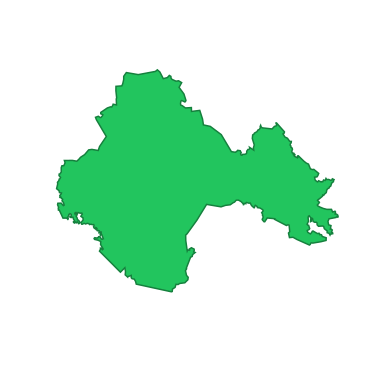 Andrupenes pag., Dagdas, Latvia (Mercator projection), rotated 224°
{"feature_id": "27541924B25782397713734", "entity_name": "Andrupenes pag.", "entity_type": "district", "adm_level": 2, "iso_a3": "LVA", "parent_name": "Latvia", "parent_adm1": "Dagdas", "projection": "mercator", "projection_center": [27.362, 56.147], "detail": "fine", "context": "isolated", "style": "filled", "palette": "green", "viewbox_px": 384, "rotation_deg": 224, "n_neighbors": 0, "source": "geoboundaries", "source_scale": "gbopen_adm2", "svg_char_len": 5930}
<svg xmlns="http://www.w3.org/2000/svg" viewBox="0 0 384 384"><g transform="rotate(224 192 192)"><path d="M179.2,86.1L179.4,86.4L177.8,89.8L176.1,88.1L174.9,88.0L173.0,89.2L170.5,88.5L168.1,87.0L137.5,105.9L137.1,106.7L138.6,108.6L137.9,111.6L139.4,114.5L137.8,115.7L137.3,117.7L134.1,121.7L134.0,126.0L135.5,128.0L138.0,128.2L142.1,130.9L142.5,133.0L143.1,133.1L147.7,144.0L147.1,145.8L148.1,147.4L147.7,150.7L149.2,150.1L149.8,151.5L150.8,152.4L153.7,151.5L154.3,149.1L153.4,148.7L153.6,148.0L154.9,147.4L154.5,146.3L162.7,152.7L166.6,156.6L166.5,158.4L168.9,175.1L172.9,193.2L160.8,201.5L158.6,205.7L155.6,209.4L155.0,212.7L154.4,214.3L154.5,216.8L153.9,217.5L152.8,218.5L149.9,219.2L147.0,219.1L146.2,218.6L146.0,218.9L146.5,220.0L145.2,221.0L145.6,221.3L145.6,222.3L143.3,223.5L142.5,224.5L139.7,223.6L136.5,223.7L136.2,224.0L137.3,226.2L137.1,226.5L135.0,226.8L134.1,226.2L132.0,227.7L128.8,228.4L127.7,227.8L127.5,225.5L126.0,225.2L125.2,224.2L124.3,224.0L123.0,222.9L122.8,221.8L122.3,220.9L119.6,220.6L119.0,221.1L119.8,225.6L113.9,230.3L113.6,229.7L100.8,233.5L100.2,235.1L99.1,235.6L94.1,231.3L94.1,229.5L90.2,226.9L87.9,229.6L83.7,230.7L70.7,235.4L70.5,236.4L71.0,237.7L70.9,238.2L69.6,239.2L64.7,245.8L61.9,250.3L63.7,252.3L67.4,250.5L69.1,251.2L70.1,250.7L70.5,250.0L71.9,250.6L73.0,249.2L77.9,248.0L78.2,247.2L77.8,246.0L77.7,244.1L80.7,243.4L82.4,244.3L81.7,246.4L81.9,247.4L85.0,249.1L85.6,248.6L86.8,248.7L87.9,251.9L90.7,254.2L91.4,255.5L91.1,256.4L88.4,255.8L86.1,253.1L85.9,253.8L87.5,255.5L87.7,256.4L86.8,256.6L84.4,254.9L82.6,255.5L81.6,256.6L80.4,256.5L79.2,255.3L77.2,255.2L74.5,258.2L73.4,258.7L71.3,257.5L67.7,257.9L66.5,256.6L64.7,257.5L62.8,256.9L63.1,257.7L61.8,259.8L62.7,260.4L63.6,259.7L64.7,262.1L65.9,262.1L66.7,261.4L68.7,264.4L70.9,263.3L73.8,265.3L74.8,267.9L70.7,273.7L70.7,274.9L69.7,275.1L69.6,275.6L71.0,276.6L72.7,276.5L73.7,275.6L74.9,277.3L75.8,277.5L77.0,275.3L79.6,276.4L82.9,273.2L86.1,271.4L89.9,269.9L91.9,269.4L92.8,269.7L92.9,272.0L93.2,273.1L95.9,273.1L96.0,273.9L95.6,275.7L95.2,279.7L95.9,280.6L95.0,281.2L95.2,282.6L95.0,284.8L96.6,287.4L96.6,289.1L96.2,289.7L96.3,290.7L96.7,291.2L96.3,292.6L97.7,295.5L97.4,297.7L98.0,298.2L98.4,299.6L100.2,299.0L99.8,297.7L100.3,296.8L102.4,296.0L103.8,294.5L105.0,294.8L104.2,292.8L105.7,292.0L105.1,290.2L105.9,289.6L106.1,288.9L108.7,288.1L108.6,286.7L108.8,286.4L111.1,286.1L111.8,286.2L114.1,287.8L112.6,289.7L112.9,291.3L113.8,293.4L120.1,292.9L120.9,291.8L122.9,290.9L127.6,293.0L129.8,292.2L132.8,291.9L140.7,291.9L141.0,291.6L141.0,291.0L139.8,290.3L139.8,289.9L142.9,288.9L143.3,288.9L143.9,290.4L144.2,290.4L144.1,289.6L144.8,289.2L145.7,289.7L145.4,290.4L145.6,290.6L147.2,289.8L148.6,290.7L149.3,292.4L150.2,293.0L151.0,293.2L151.9,292.9L152.9,293.8L154.1,293.9L154.8,295.2L154.8,296.2L155.7,297.4L156.9,296.3L160.7,297.0L163.4,296.1L166.9,297.0L166.9,297.9L166.6,298.5L167.3,299.5L179.2,300.4L179.5,299.9L177.6,299.0L177.3,298.3L178.3,296.4L178.2,293.0L186.1,286.9L187.6,286.9L188.9,287.6L188.5,286.5L187.3,285.4L187.1,283.3L187.6,282.6L187.2,280.4L188.0,277.8L187.7,276.9L188.0,275.2L185.8,272.4L179.9,269.1L178.5,266.4L176.7,265.0L181.6,264.1L180.6,263.5L180.6,262.3L181.3,261.5L181.1,260.2L181.0,259.4L179.7,257.9L179.6,257.1L180.1,255.9L181.7,254.3L181.6,253.1L182.4,252.7L183.7,253.3L183.8,254.4L186.0,255.2L188.1,253.7L188.0,252.8L188.4,250.7L191.7,248.4L210.8,253.6L224.4,251.9L230.4,248.2L235.1,251.8L243.1,256.1L248.3,249.6L251.1,252.3L255.1,247.9L259.2,247.3L260.5,246.7L261.6,247.5L263.1,249.6L262.9,250.7L259.7,251.8L259.5,252.4L260.0,253.7L265.9,256.9L274.0,258.3L275.4,263.5L278.9,262.7L280.5,260.6L284.7,259.1L286.2,259.4L287.5,260.5L289.3,260.1L289.2,257.2L291.4,253.6L298.5,256.0L301.8,255.8L302.1,253.3L312.2,239.1L322.2,232.3L321.5,227.8L319.3,225.5L317.1,221.9L316.2,219.6L320.1,215.2L317.0,211.9L311.6,207.4L311.1,206.3L306.8,202.2L309.7,200.4L309.1,199.1L308.8,197.4L309.8,196.6L311.3,193.6L312.9,185.9L312.0,184.9L309.9,185.7L309.4,184.8L309.2,182.5L309.8,181.8L312.0,181.4L313.3,178.7L311.0,177.6L292.2,172.4L290.1,160.5L288.3,156.7L293.6,153.1L295.6,150.5L295.2,144.3L296.3,139.5L296.1,136.7L296.3,134.1L299.9,131.7L305.7,126.0L303.7,124.9L303.4,124.4L302.5,121.9L303.8,120.5L303.0,118.7L299.9,115.5L299.6,113.1L300.0,112.6L299.0,111.4L296.7,111.2L296.2,109.8L296.5,109.0L295.7,107.8L295.5,105.5L294.2,104.5L291.7,100.3L288.6,100.6L286.9,99.5L285.2,100.6L284.7,99.3L284.7,97.7L283.9,97.3L283.5,96.4L283.0,96.4L282.5,97.2L281.8,96.8L280.0,96.9L279.4,95.4L277.1,95.1L275.0,93.9L274.8,93.6L275.1,92.8L278.4,93.1L280.7,90.7L279.8,89.4L277.2,88.3L277.1,87.6L275.5,86.2L274.9,86.8L266.7,83.6L264.0,86.2L262.3,86.1L262.4,86.7L263.9,87.9L264.2,88.3L264.1,89.1L265.0,90.3L264.7,91.1L264.8,91.6L264.2,91.9L263.2,91.9L262.1,90.7L262.0,90.4L262.7,89.8L262.4,89.2L261.2,89.6L260.8,90.6L260.0,91.2L258.8,90.3L255.8,89.5L256.6,88.3L256.0,87.8L255.0,88.1L255.3,88.9L255.0,89.3L253.9,89.3L254.0,90.4L253.7,90.9L251.6,90.4L251.3,90.8L251.3,91.8L252.4,92.7L254.4,92.8L255.0,92.4L256.5,93.5L258.7,94.2L258.6,95.0L259.1,96.2L260.4,95.6L260.6,94.8L261.6,95.3L261.3,96.7L260.2,96.6L259.5,97.4L259.7,98.1L257.8,99.0L256.6,100.3L255.5,99.8L255.4,98.3L255.0,97.3L252.5,97.7L250.9,96.3L250.6,93.1L249.0,92.2L248.4,92.8L247.9,94.5L246.3,95.1L245.6,96.7L244.1,97.6L243.1,97.4L242.2,98.8L241.1,99.1L240.1,100.3L238.9,99.6L238.7,98.6L237.4,98.1L236.0,98.3L236.5,99.6L236.1,99.8L235.0,99.7L234.8,98.6L234.5,98.4L233.9,98.7L233.2,98.4L233.0,99.0L231.9,99.6L230.6,98.0L230.1,98.6L229.9,100.1L229.5,100.1L228.5,99.1L228.8,98.2L228.3,97.4L227.8,97.4L227.9,98.4L227.4,98.7L223.3,96.8L223.7,96.3L223.7,95.7L224.4,95.2L227.3,95.9L228.1,95.0L227.9,94.4L228.3,92.9L230.2,91.6L230.2,90.6L229.2,90.2L226.0,92.1L223.3,93.0L221.2,90.7L216.3,89.3L216.4,88.2L217.5,88.4L217.9,87.8L218.4,88.4L218.9,88.0L218.1,87.3L217.5,85.2L187.8,84.6L187.7,90.9L184.6,88.6L182.5,86.0L179.2,86.1Z" fill="#22c55e" stroke="#15803d" stroke-width="1.5"/></g></svg>